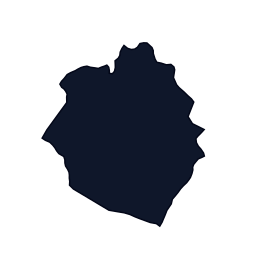 Juazeiro do Norte, Ceará, Brazil, rotated 304°
{"feature_id": "56859067B35969232140200", "entity_name": "Juazeiro do Norte", "entity_type": "district", "adm_level": 2, "iso_a3": "BRA", "parent_name": "Brazil", "parent_adm1": "Ceará", "projection": "orthographic", "projection_center": [-39.273, -7.179], "detail": "fine", "context": "isolated", "style": "filled", "palette": "ink", "viewbox_px": 256, "rotation_deg": 304, "n_neighbors": 0, "source": "geoboundaries", "source_scale": "gbopen_adm2", "svg_char_len": 1591}
<svg xmlns="http://www.w3.org/2000/svg" viewBox="0 0 256 256"><g transform="rotate(304 128 128)"><path d="M147.4,207.0L149.5,204.6L151.3,200.1L152.2,196.5L154.1,192.9L157.2,190.2L160.5,190.5L163.4,191.1L166.4,191.6L169.3,192.0L167.6,179.0L169.6,174.5L171.0,171.4L186.3,168.0L187.6,164.3L188.2,159.7L189.2,154.3L190.0,147.8L191.0,144.1L195.2,137.5L199.7,135.4L202.4,134.1L204.3,131.9L204.7,128.0L201.8,124.4L200.3,119.2L198.6,115.1L200.3,111.8L203.8,107.4L206.3,105.6L208.1,102.9L208.5,100.2L209.1,96.2L207.4,93.4L204.7,90.7L200.2,90.7L197.1,89.4L194.9,86.8L193.8,83.1L194.2,78.5L190.7,78.5L186.6,79.1L183.5,80.7L180.4,80.9L176.5,79.7L173.7,81.8L171.0,83.7L167.4,85.1L164.2,84.7L162.9,81.9L165.3,80.3L167.6,78.0L168.3,75.3L166.0,73.8L163.7,72.0L160.8,70.1L159.5,67.3L157.3,62.8L156.3,59.4L154.1,57.1L151.9,55.3L148.7,53.5L146.1,52.3L141.8,49.5L138.3,47.7L133.5,47.4L129.5,46.8L126.3,47.0L124.7,50.2L124.6,53.0L123.7,55.7L122.1,58.6L119.4,59.8L114.9,63.0L81.2,61.8L71.6,62.5L71.6,66.3L72.5,71.0L71.8,75.1L70.7,78.5L69.2,81.6L68.1,85.0L68.5,90.7L66.4,93.4L63.7,95.3L61.6,97.5L60.0,101.1L58.3,103.9L56.2,105.7L53.6,107.4L51.1,109.6L47.9,111.5L46.9,116.9L47.6,129.2L48.6,147.7L49.2,158.3L55.6,172.3L57.4,178.0L58.3,183.4L59.4,188.4L62.1,199.3L64.6,205.0L64.4,209.2L69.1,208.9L71.9,208.3L75.1,207.7L78.0,207.1L81.4,206.3L84.9,206.3L89.3,206.3L93.7,204.6L99.3,205.2L103.0,205.5L107.0,205.6L111.1,206.2L115.5,207.2L119.1,207.4L121.9,207.4L125.9,206.5L129.5,205.2L131.7,203.5L134.6,202.8L138.1,203.1L141.7,203.5L144.9,205.6L147.4,207.0Z" fill="#0f172a" stroke="#020617" stroke-width="1.5"/></g></svg>